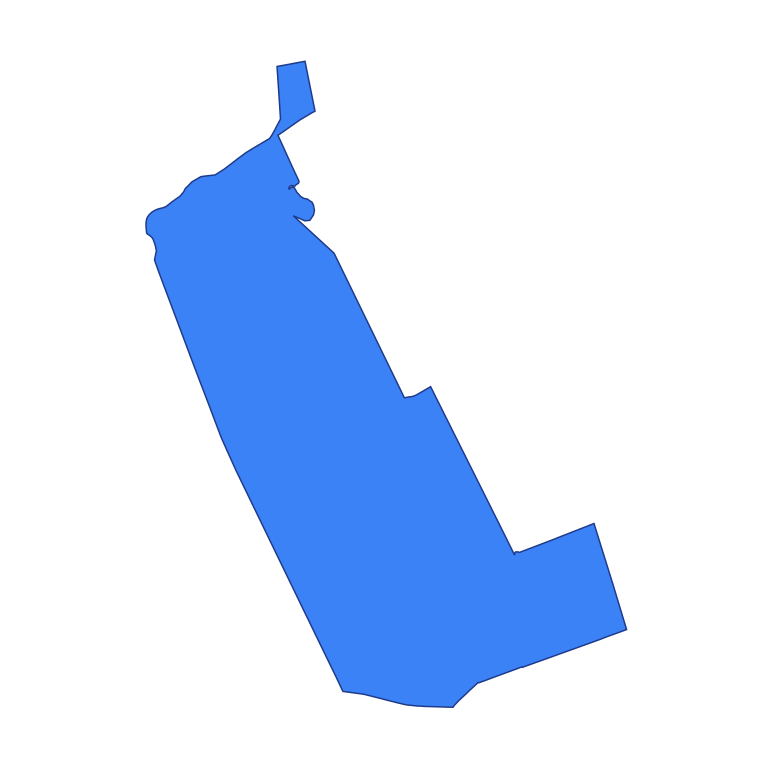 Cilieni, Olt, Romania (Natural Earth projection), rotated 267°
{"feature_id": "2599482B82489722480491", "entity_name": "Cilieni", "entity_type": "district", "adm_level": 2, "iso_a3": "ROU", "parent_name": "Romania", "parent_adm1": "Olt", "projection": "natural_earth1", "projection_center": [24.598, 43.879], "detail": "fine", "context": "isolated", "style": "filled", "palette": "blue", "viewbox_px": 768, "rotation_deg": 267, "n_neighbors": 0, "source": "geoboundaries", "source_scale": "gbopen_adm2", "svg_char_len": 2168}
<svg xmlns="http://www.w3.org/2000/svg" viewBox="0 0 768 768"><g transform="rotate(267 384 384)"><path d="M233.7,586.4L227.5,567.8L221.3,549.1L220.9,548.1L210.4,515.6L208.7,510.4L209.1,509.7L209.3,509.2L209.3,508.3L209.4,507.7L209.4,506.7L209.1,506.2L208.4,505.8L207.1,505.7L206.9,505.2L233.8,493.6L378.9,430.4L374.0,420.9L371.4,415.8L370.5,413.5L369.8,410.2L369.9,409.1L369.2,403.9L369.4,403.6L369.7,403.4L432.6,376.8L477.5,357.8L517.2,341.0L556.7,302.3L551.1,313.5L551.3,318.5L556.4,322.4L560.9,323.6L566.3,322.9L569.1,321.8L572.7,317.1L573.5,313.8L575.5,310.7L580.1,307.0L584.1,305.0L585.0,304.5L585.5,302.6L584.8,301.1L583.7,299.9L584.0,299.0L586.1,299.9L587.1,301.7L586.4,305.5L587.9,307.0L588.7,308.8L589.8,309.6L591.3,309.6L605.6,303.8L628.1,295.0L637.9,291.1L638.8,292.6L652.2,314.0L658.3,325.6L660.1,329.4L695.4,324.2L705.1,322.8L710.4,322.0L706.7,293.8L673.0,294.3L654.0,294.5L650.4,292.3L646.0,289.7L643.7,288.4L638.6,285.2L635.1,282.5L626.6,266.2L622.3,258.3L617.0,250.3L607.0,235.8L601.6,226.2L601.0,215.8L600.6,211.9L595.9,202.7L592.4,199.0L589.7,195.9L586.5,194.1L582.2,190.1L576.6,181.1L576.0,180.5L572.5,175.4L572.2,174.5L572.1,173.8L571.6,172.9L571.0,169.4L570.3,166.5L569.1,163.6L567.7,161.1L565.2,158.2L562.6,156.2L559.8,155.2L556.4,154.7L552.5,154.6L550.0,154.7L547.7,154.8L546.4,155.3L544.5,157.9L542.4,160.0L540.6,161.0L536.1,162.4L535.1,162.6L534.0,162.9L531.9,163.2L529.7,163.5L529.0,163.7L528.8,163.7L528.5,163.6L526.8,163.1L522.1,161.9L520.7,161.5L520.3,161.4L519.9,161.3L510.5,164.1L510.4,164.1L510.2,164.2L508.4,164.7L415.2,194.2L399.0,199.4L396.5,200.2L377.7,206.3L339.5,218.5L339.0,218.7L336.8,219.5L328.5,222.7L321.5,225.4L305.6,231.6L168.3,289.4L107.0,315.3L94.5,320.6L80.5,326.3L79.1,327.0L78.9,328.3L78.0,333.0L75.3,347.2L75.2,347.6L75.1,348.0L75.0,348.3L74.9,348.7L65.0,380.5L62.5,389.1L60.7,400.2L60.3,404.9L60.0,406.3L60.0,406.5L58.8,421.1L57.6,435.8L57.7,436.2L59.0,437.0L63.7,441.9L70.7,450.2L72.8,452.6L81.0,462.4L80.6,462.9L82.8,470.1L85.1,477.3L93.4,504.1L94.3,506.9L93.8,507.3L95.1,511.6L117.7,586.6L119.9,593.2L126.1,613.4L173.3,601.8L221.5,589.5L233.7,586.4Z" fill="#3b82f6" stroke="#1e3a8a" stroke-width="1.5"/></g></svg>